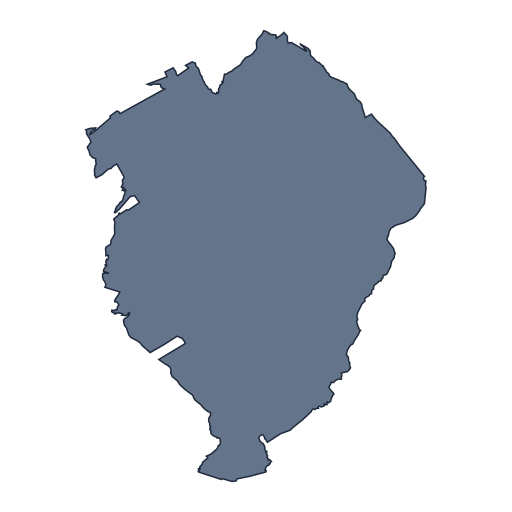 outline of Sapata, Arges, Romania
{"feature_id": "2599482B9087219169175", "entity_name": "Sapata", "entity_type": "district", "adm_level": 2, "iso_a3": "ROU", "parent_name": "Romania", "parent_adm1": "Arges", "projection": "equal_earth", "projection_center": [24.732, 44.739], "detail": "fine", "context": "isolated", "style": "filled", "palette": "slate", "viewbox_px": 512, "rotation_deg": 0, "n_neighbors": 0, "source": "geoboundaries", "source_scale": "gbopen_adm2", "svg_char_len": 5991}
<svg xmlns="http://www.w3.org/2000/svg" viewBox="0 0 512 512"><path d="M419.9,209.6L424.4,203.7L426.1,187.5L425.5,185.8L425.9,181.0L425.0,181.1L423.4,179.0L423.7,176.9L424.5,176.4L399.9,146.2L394.0,137.8L392.5,136.6L390.2,133.1L379.3,123.1L375.1,118.9L371.5,114.1L365.3,117.5L362.1,107.0L361.8,104.6L360.5,102.2L356.4,98.9L354.3,93.8L349.8,89.6L347.9,87.1L347.0,84.1L342.4,81.5L341.4,81.7L338.8,80.1L330.8,77.0L329.3,75.7L329.0,74.1L326.3,71.7L326.0,70.6L323.1,66.6L323.5,66.2L321.4,64.9L319.0,62.4L317.5,62.4L314.9,59.9L314.0,58.6L310.5,55.4L310.1,50.7L307.8,48.3L300.5,44.1L300.8,45.0L302.9,46.5L306.7,50.8L305.6,51.1L303.8,49.7L291.5,42.6L288.0,42.8L287.4,40.5L287.4,36.3L283.9,32.4L281.0,35.1L276.4,38.4L276.1,37.3L276.5,36.4L275.7,34.9L269.9,34.3L269.3,33.1L268.0,33.0L266.9,31.7L263.7,30.7L262.1,34.1L257.6,39.1L256.4,42.5L256.7,47.8L256.4,49.0L252.5,53.9L249.5,56.0L245.7,57.5L242.8,61.0L240.5,64.7L233.6,69.3L232.2,70.8L228.1,72.8L226.5,74.2L224.5,74.1L223.3,79.9L223.4,80.9L222.0,81.5L223.0,82.7L221.9,83.2L221.7,84.2L220.0,85.1L219.6,87.3L218.4,89.3L218.8,91.2L218.3,93.3L217.9,93.5L216.9,92.3L215.8,94.0L212.0,92.3L211.2,90.0L210.6,89.2L209.5,89.4L208.3,88.9L207.7,87.2L205.1,84.5L204.3,82.0L203.4,80.9L202.3,78.5L201.9,76.4L200.5,74.9L198.4,68.4L195.9,66.1L195.4,63.3L194.9,62.7L193.6,62.7L192.2,61.8L185.5,65.4L188.7,68.0L177.6,75.7L176.4,74.5L175.8,71.7L173.2,67.8L165.0,72.0L167.0,76.8L147.3,84.2L150.0,85.1L151.5,85.0L153.4,84.0L160.4,84.4L160.7,84.6L160.8,86.6L161.7,87.9L164.1,88.7L165.5,88.5L120.1,113.6L118.8,111.7L116.9,111.0L109.9,116.2L110.0,117.1L110.5,117.9L94.0,131.8L89.9,134.6L89.8,134.1L90.9,132.9L91.0,131.8L93.5,129.8L94.5,129.7L95.6,127.9L90.2,128.3L85.9,129.7L86.3,130.0L86.6,133.8L90.0,139.4L91.0,142.2L89.6,143.8L89.0,145.2L88.2,145.8L87.3,147.2L87.3,147.7L89.0,150.8L90.0,154.8L92.7,157.7L95.7,158.6L95.7,161.4L96.3,164.3L95.4,165.2L94.6,169.0L94.4,171.7L94.9,173.2L94.6,174.0L94.6,175.3L96.1,177.8L102.0,174.7L107.9,169.3L111.1,168.4L112.9,166.3L116.8,164.0L124.1,176.9L123.7,178.6L122.5,179.8L122.5,182.2L122.9,184.0L121.3,187.0L121.7,187.6L123.7,187.6L122.2,190.2L123.9,190.9L124.6,189.6L125.3,189.3L125.8,190.5L123.6,196.5L122.5,200.7L120.0,202.5L119.0,204.3L117.2,206.0L115.5,208.8L115.8,209.4L114.4,212.4L115.3,212.8L119.6,208.9L129.3,197.6L130.4,196.6L134.6,195.6L139.4,202.6L128.5,210.0L126.6,209.8L120.3,213.9L119.4,213.1L118.8,213.6L118.9,214.7L113.7,219.1L115.0,222.5L114.5,226.4L114.7,234.1L110.9,240.7L110.9,243.5L110.6,244.2L106.0,247.1L105.5,249.0L106.0,254.2L105.8,254.8L105.9,255.8L108.3,255.1L108.6,255.4L108.2,256.4L108.5,257.6L107.5,260.0L107.2,260.1L106.7,259.4L106.2,260.0L105.8,262.3L106.5,264.7L104.4,265.1L106.5,265.4L106.5,265.8L104.3,268.5L103.6,270.0L103.5,271.8L105.4,271.9L109.0,273.3L105.1,273.1L103.5,273.5L102.6,274.1L102.6,277.1L103.5,280.0L104.5,281.2L105.6,283.6L105.8,285.1L104.9,287.3L119.8,292.0L117.3,296.7L116.3,297.4L115.5,299.5L114.8,299.9L114.7,301.7L115.5,301.6L117.6,302.6L118.8,305.1L117.5,306.7L117.0,309.8L115.5,309.6L114.4,310.6L111.9,310.1L111.6,311.5L112.2,312.2L113.6,312.5L114.1,313.7L115.5,314.0L116.2,313.6L116.0,313.0L116.2,312.9L119.9,313.1L122.8,314.0L122.8,314.6L122.0,315.1L125.2,315.7L127.8,314.8L128.2,313.1L129.5,312.8L129.2,314.7L128.1,316.4L124.2,319.0L123.5,320.5L124.3,325.0L126.4,327.8L128.9,335.0L130.9,337.5L137.3,340.8L140.3,343.0L141.9,345.3L150.1,352.6L163.7,344.8L177.1,336.2L182.3,338.5L182.9,338.9L183.4,340.4L184.2,341.0L185.3,343.5L158.8,359.5L165.8,364.4L168.1,365.5L168.3,366.0L170.0,367.2L171.0,370.0L170.8,373.2L172.1,376.5L177.3,380.8L180.2,385.1L185.5,389.9L192.7,395.2L194.1,398.7L195.0,400.0L201.1,405.0L202.8,407.2L205.1,409.4L207.7,411.4L210.5,412.7L210.5,415.4L209.0,417.7L208.6,419.0L209.0,422.2L209.6,423.0L209.8,426.0L210.6,426.6L210.5,427.5L209.8,428.3L209.8,429.6L210.9,430.6L210.8,432.6L211.2,434.0L213.4,435.8L217.5,437.6L217.3,438.0L219.3,438.1L220.0,438.9L220.4,442.8L219.9,444.9L218.4,445.4L217.2,448.7L210.9,454.1L206.3,456.2L207.8,457.4L207.7,458.3L206.1,459.2L202.7,462.2L201.9,464.6L200.1,466.3L199.6,467.8L200.3,468.4L200.0,468.9L198.5,468.8L199.4,470.7L198.2,471.0L198.3,471.7L199.1,471.6L199.3,472.3L221.4,479.5L222.5,478.7L231.4,481.3L234.2,481.3L236.4,480.7L236.8,478.9L249.4,476.4L265.8,472.0L266.2,470.7L265.0,470.4L266.0,467.1L266.9,466.0L269.2,464.8L269.1,463.9L269.8,464.0L270.6,462.0L271.4,461.5L269.6,459.6L268.1,459.9L268.0,458.5L266.9,457.1L267.5,456.0L267.2,455.9L266.8,453.7L266.0,452.7L266.2,452.1L266.9,451.8L266.9,451.4L265.7,451.0L265.1,450.0L264.8,449.0L264.8,446.6L263.1,443.6L260.7,441.9L260.1,441.1L258.7,437.8L259.2,436.7L261.6,434.8L262.6,434.7L264.1,436.3L264.7,438.7L265.7,439.5L267.4,442.3L280.8,433.6L290.2,430.2L292.9,427.5L302.3,420.0L310.9,412.0L312.5,409.2L313.6,408.9L314.7,409.5L316.7,408.4L318.5,408.3L318.1,407.0L318.9,406.3L320.2,406.4L321.2,407.0L323.9,406.1L324.6,405.3L324.2,403.9L326.5,404.8L327.2,404.3L326.7,402.9L327.2,401.8L328.7,402.8L330.7,401.2L331.1,399.1L332.6,395.4L333.8,394.4L333.8,393.6L330.1,389.4L328.9,387.0L330.8,383.9L331.0,382.3L333.3,382.6L335.6,380.4L338.8,378.9L340.8,379.4L341.3,379.1L341.5,378.8L341.2,377.6L341.9,375.8L341.4,372.9L347.3,371.7L349.3,369.7L349.4,369.0L350.2,368.7L350.5,367.6L349.4,364.5L349.9,363.8L349.8,362.9L348.6,361.1L348.4,357.8L347.7,356.1L346.5,355.3L346.6,353.3L347.2,350.9L349.1,347.1L351.4,344.4L352.8,344.1L354.3,340.7L358.3,334.6L359.9,330.9L360.6,330.6L359.2,329.1L357.7,325.5L356.5,321.3L357.7,319.7L356.9,316.3L357.7,312.6L362.0,303.9L365.1,300.9L364.5,299.2L365.5,297.8L368.5,296.1L370.4,294.0L371.6,293.7L371.5,291.7L372.3,289.7L373.6,289.1L373.5,287.3L374.2,285.3L378.1,282.3L378.4,281.6L381.3,280.6L381.4,278.8L382.6,278.5L383.3,275.4L386.2,274.6L387.2,273.5L390.6,266.6L391.6,261.4L394.2,257.6L394.4,255.5L395.1,253.7L393.5,248.5L390.9,244.8L388.3,241.9L387.0,239.3L387.1,237.9L388.0,236.7L389.3,231.4L390.7,228.5L395.8,225.2L404.3,222.6L412.8,218.3L415.6,215.9L419.6,210.6L419.9,209.6Z" fill="#64748b" stroke="#1e293b" stroke-width="1.5"/></svg>